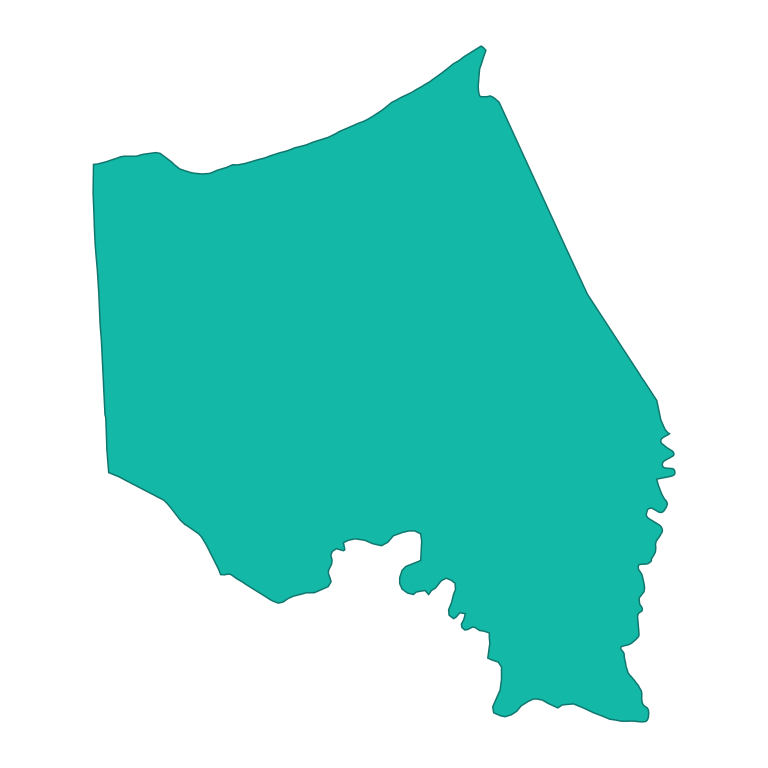 La Libertad, Santa Elena, Ecuador (orthographic projection)
{"feature_id": "8360857B88993978002865", "entity_name": "La Libertad", "entity_type": "district", "adm_level": 2, "iso_a3": "ECU", "parent_name": "Ecuador", "parent_adm1": "Santa Elena", "projection": "orthographic", "projection_center": [-80.886, -2.24], "detail": "fine", "context": "isolated", "style": "filled", "palette": "teal", "viewbox_px": 768, "rotation_deg": 0, "n_neighbors": 0, "source": "geoboundaries", "source_scale": "gbopen_adm2", "svg_char_len": 5216}
<svg xmlns="http://www.w3.org/2000/svg" viewBox="0 0 768 768"><path d="M648.7,713.2L648.5,710.6L647.9,709.0L647.3,708.0L644.9,706.3L643.5,705.1L642.5,703.4L641.9,701.1L641.7,698.3L641.8,694.6L641.7,693.0L641.3,690.8L638.8,686.7L638.8,686.3L638.4,685.5L636.3,683.0L634.6,680.7L630.6,675.9L630.2,675.7L628.2,673.1L626.1,666.6L625.4,662.4L625.2,661.4L624.5,658.4L624.1,655.0L624.1,653.9L623.9,653.2L623.3,652.1L621.4,649.9L621.0,649.2L620.8,648.7L620.7,648.1L620.8,647.5L621.3,646.9L621.9,646.4L623.3,646.0L628.6,644.7L630.1,644.0L631.3,643.3L632.3,642.6L635.2,640.1L637.8,637.5L638.9,635.8L639.0,633.7L638.0,621.8L637.5,616.0L638.6,613.2L642.0,610.9L642.4,609.1L641.9,607.4L639.6,603.9L639.1,598.2L640.7,595.9L642.9,593.2L643.9,591.8L644.4,589.6L644.5,587.3L644.1,584.0L642.1,575.1L640.8,572.7L638.8,569.8L638.3,568.5L638.2,567.5L638.3,566.0L639.1,564.8L640.8,564.3L642.0,564.2L645.3,564.1L647.9,563.7L650.3,562.0L650.9,561.6L651.4,560.6L651.4,558.9L653.7,555.3L655.2,552.4L655.4,552.0L655.7,548.8L655.8,546.6L655.6,545.9L655.5,544.2L655.8,542.8L656.2,541.3L657.5,539.4L659.9,536.0L661.3,533.4L662.1,532.1L662.4,531.0L662.3,529.3L661.8,528.0L660.7,526.2L659.0,524.8L657.2,523.7L648.4,518.3L647.4,517.2L646.8,516.4L646.4,515.5L646.3,514.2L646.5,513.3L647.0,511.5L647.4,510.2L648.2,509.0L648.9,508.6L649.9,508.2L651.2,508.1L652.4,508.4L659.0,512.2L660.9,512.5L662.6,512.0L664.0,510.8L666.1,507.6L666.6,506.5L667.3,504.3L667.2,503.0L666.4,501.1L664.6,499.2L663.4,497.2L661.9,494.4L660.9,492.0L659.2,487.5L658.3,485.1L657.3,481.5L656.8,479.1L670.6,476.4L672.4,475.8L673.5,475.2L674.0,474.9L674.3,474.6L674.6,474.1L674.8,473.6L674.9,472.7L674.8,471.6L674.6,470.7L674.4,470.2L673.9,469.5L673.3,469.0L672.5,468.6L666.2,468.1L664.8,467.9L663.9,467.5L662.9,466.6L662.6,466.0L662.4,465.4L662.3,464.5L662.4,463.7L662.8,462.6L663.4,461.7L664.2,461.0L665.4,460.2L672.6,456.2L673.2,455.7L673.6,455.3L673.9,454.7L673.9,454.3L673.8,453.2L673.3,452.1L672.9,451.6L672.4,451.1L667.1,447.8L662.0,443.7L661.5,443.1L661.1,442.4L660.8,442.0L660.7,441.4L660.9,440.2L661.4,439.0L661.8,438.5L663.7,437.1L666.6,435.5L668.5,434.5L669.1,434.2L669.5,433.5L668.2,433.2L665.0,429.4L660.8,419.8L656.8,400.6L644.1,381.1L641.1,376.9L639.9,374.7L587.4,294.2L565.6,247.2L499.1,102.2L493.6,97.5L490.1,95.9L487.7,96.6L483.6,96.8L480.4,96.6L479.3,95.1L478.5,91.0L478.2,86.1L478.5,82.5L478.9,77.1L479.6,69.0L481.5,63.6L483.6,56.8L485.9,50.4L483.5,47.7L481.1,46.1L464.6,56.3L459.0,60.6L453.5,63.7L446.7,69.2L441.1,73.5L436.8,76.6L432.4,79.7L430.0,81.6L426.9,83.4L423.8,85.2L421.9,86.5L416.4,89.5L411.4,92.6L400.9,97.5L396.6,100.0L391.7,102.4L388.0,105.5L381.8,110.4L371.3,117.2L367.0,119.7L363.3,121.5L358.3,123.3L348.5,127.6L344.1,129.5L339.8,131.3L335.5,133.8L331.8,135.6L328.1,137.4L318.2,140.5L312.7,142.3L306.5,144.8L302.2,146.0L294.8,147.8L288.6,150.3L284.9,151.5L280.0,152.7L270.7,155.7L264.0,158.2L259.0,159.4L254.7,160.6L251.0,161.8L244.2,163.7L237.5,164.9L232.5,164.8L227.0,167.3L217.1,170.3L212.8,172.2L209.7,173.4L202.3,174.0L194.9,173.3L191.2,172.7L185.1,170.8L179.6,168.9L174.1,164.5L171.6,162.0L164.2,156.4L160.0,153.3L155.6,152.6L147.0,153.8L142.7,154.4L136.5,156.2L129.8,156.2L124.2,156.2L120.5,156.8L117.5,158.0L111.9,159.8L106.4,161.7L102.0,162.9L97.1,164.1L93.5,164.4L93.5,164.6L93.1,192.8L94.0,215.2L94.4,227.8L95.1,243.2L95.9,253.6L97.4,270.8L98.8,293.1L100.1,324.3L101.4,340.3L102.6,365.0L103.9,392.2L105.0,414.7L105.8,417.6L106.9,449.7L108.7,472.6L119.2,476.9L127.5,481.3L146.5,491.2L163.7,500.1L167.5,503.8L172.4,509.8L180.2,520.0L185.7,525.2L184.9,524.2L198.8,533.9L201.7,537.2L206.9,546.0L218.6,569.3L220.6,574.4L220.7,574.6L224.5,574.8L228.0,574.1L230.5,574.3L232.8,575.8L237.0,578.9L242.3,581.9L245.6,584.2L263.9,595.6L269.2,599.0L269.3,599.1L269.8,599.4L272.5,600.9L278.2,603.1L283.0,602.1L288.0,598.6L293.6,596.1L300.8,594.3L306.4,592.8L314.3,592.7L320.8,589.9L328.2,586.6L331.1,581.7L329.9,577.7L328.3,573.4L328.6,570.4L330.1,567.1L331.6,564.1L332.1,560.0L330.8,555.2L332.3,551.4L336.4,548.7L343.4,550.7L344.7,549.9L344.8,549.6L343.4,542.7L348.3,540.3L355.1,538.8L364.9,540.3L372.7,543.7L381.5,545.7L387.9,542.2L393.3,535.8L402.6,532.4L409.0,530.9L414.8,530.9L420.7,533.9L421.7,541.3L421.2,550.6L420.7,560.5L414.8,562.9L406.0,566.4L402.1,570.3L399.7,577.7L399.7,583.6L402.1,589.1L407.5,593.0L413.4,594.5L416.3,592.0L421.7,591.0L425.1,590.5L428.6,594.5L431.5,590.5L435.4,588.1L441.3,580.7L446.2,578.2L451.1,580.2L455.0,583.2L455.5,589.6L453.5,594.5L451.6,602.4L448.6,609.8L449.1,615.2L453.5,618.6L456.0,617.2L459.9,612.7L465.3,613.7L463.8,619.6L461.4,624.1L461.9,627.5L464.8,630.0L467.7,629.5L472.6,627.0L475.1,627.5L479.5,630.5L483.4,631.0L489.3,632.9L489.3,637.4L489.8,643.3L487.8,658.1L492.2,660.1L498.1,662.0L501.5,667.0L501.5,679.3L500.1,690.1L495.7,700.0L492.7,706.9L493.7,712.8L500.6,715.8L505.0,716.7L511.3,714.8L516.7,711.3L521.1,705.9L528.0,701.5L533.4,699.0L536.8,699.0L542.2,700.0L548.1,703.4L557.8,707.9L562.3,704.9L567.6,704.4L573.5,703.9L583.3,707.9L593.6,712.8L601.4,715.7L609.8,719.2L615.4,720.0L621.4,721.2L627.9,721.2L632.3,721.0L637.1,721.5L641.6,721.9L644.1,721.7L645.4,721.5L646.2,721.1L647.0,720.4L647.6,719.4L648.3,717.5L648.6,715.1L648.7,713.2Z" fill="#14b8a6" stroke="#0f766e" stroke-width="1.5"/></svg>